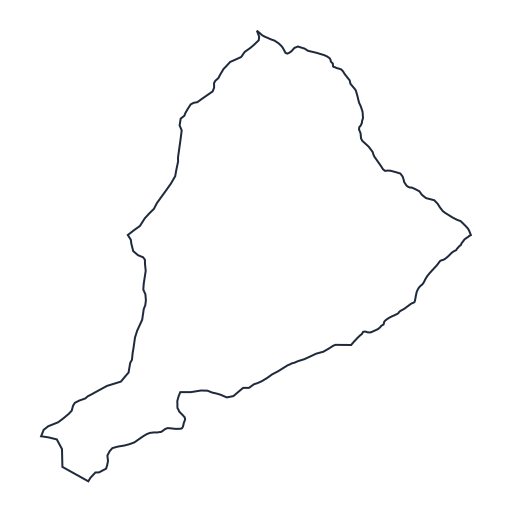 Namgyel Chhoeling, Samchi, Bhutan (Robinson projection)
{"feature_id": "84629894B20961407724011", "entity_name": "Namgyel Chhoeling", "entity_type": "district", "adm_level": 2, "iso_a3": "BTN", "parent_name": "Bhutan", "parent_adm1": "Samchi", "projection": "robinson", "projection_center": [88.995, 27.065], "detail": "fine", "context": "isolated", "style": "outline", "palette": "slate", "viewbox_px": 512, "rotation_deg": 0, "n_neighbors": 0, "source": "geoboundaries", "source_scale": "gbopen_adm2", "svg_char_len": 4854}
<svg xmlns="http://www.w3.org/2000/svg" viewBox="0 0 512 512"><path d="M41.1,436.3L42.8,436.5L48.6,437.4L56.8,439.4L62.0,449.1L62.4,466.9L70.5,471.4L88.3,481.3L90.5,477.7L95.4,472.5L99.0,472.4L106.2,468.6L106.5,467.2L107.1,465.5L108.0,461.0L107.4,455.5L109.7,451.1L112.4,448.1L117.8,446.6L124.5,445.5L129.7,444.1L134.1,442.5L135.1,441.9L139.2,439.0L143.7,435.9L147.0,434.0L150.0,432.9L152.4,432.6L154.3,432.4L156.9,432.5L159.3,432.1L160.9,432.0L162.7,430.9L164.9,429.2L166.4,428.5L167.7,428.1L169.2,428.2L172.3,428.5L175.7,428.9L179.1,428.8L181.0,428.7L182.0,428.2L182.5,427.4L183.0,426.5L183.3,425.1L183.6,424.2L183.7,423.1L184.2,422.0L185.1,419.5L184.9,418.1L184.6,417.2L183.8,416.4L183.2,415.6L182.2,414.6L180.3,412.7L179.0,411.2L178.5,409.7L177.5,408.2L177.4,406.5L177.4,404.0L177.3,401.0L177.8,399.2L178.7,396.0L180.3,392.1L191.0,392.1L201.1,390.5L207.5,390.7L212.3,392.6L216.4,393.5L220.5,394.7L226.7,397.4L230.4,396.7L233.4,396.1L240.2,390.3L243.1,387.9L248.9,387.9L254.1,384.2L257.3,383.2L261.6,381.3L267.1,378.0L272.1,374.4L278.2,371.2L283.3,368.0L286.4,366.1L287.4,365.4L289.9,364.4L291.7,363.4L294.2,362.8L298.1,361.1L304.3,359.2L310.2,356.5L316.1,353.7L323.4,351.7L329.1,348.4L333.1,345.8L335.3,344.9L340.1,344.9L351.2,345.0L352.1,343.8L353.1,342.7L354.0,341.6L355.0,340.6L355.9,339.6L356.9,338.5L357.6,337.8L360.2,335.3L361.8,334.1L363.1,331.9L364.2,331.6L366.2,331.7L367.3,332.3L369.9,332.5L372.0,331.9L373.1,331.3L374.3,330.8L375.6,330.2L376.9,329.6L378.1,329.0L379.2,328.1L380.2,327.2L381.4,325.7L382.5,325.1L383.5,324.6L383.9,323.2L384.2,321.8L385.1,320.7L386.2,319.8L387.3,319.0L388.5,318.2L389.7,317.5L391.0,316.8L392.2,316.2L393.5,315.7L394.8,315.1L396.0,314.5L397.3,313.9L398.4,313.1L399.2,311.9L400.3,311.0L401.5,310.3L402.7,309.7L403.9,309.0L405.1,308.2L406.2,307.4L407.3,306.5L408.5,305.7L409.6,304.8L410.7,304.0L411.9,303.3L413.3,302.8L414.4,302.2L414.9,300.9L415.2,299.4L415.5,298.0L415.7,296.6L416.0,295.1L416.3,293.7L416.6,292.3L417.1,291.0L417.7,289.7L418.4,288.4L419.2,287.3L420.2,286.2L421.2,285.3L422.3,284.4L423.2,283.3L423.9,282.1L424.6,280.8L425.2,279.5L425.9,278.3L426.6,277.1L427.4,275.9L428.3,274.8L429.2,273.7L430.1,272.6L431.1,271.6L432.0,270.5L433.0,269.5L433.9,268.5L434.9,267.4L435.9,266.4L436.8,265.3L437.7,264.2L438.5,263.1L439.4,261.9L440.3,260.8L441.5,260.3L442.9,260.0L444.1,259.4L445.3,258.7L446.4,257.8L447.5,256.9L448.5,256.0L449.5,255.0L450.5,254.0L451.5,253.0L452.6,252.1L453.8,251.3L455.0,250.7L456.2,250.1L457.0,248.7L457.8,247.9L459.0,246.5L459.9,245.7L460.9,245.0L461.5,243.4L462.1,242.6L462.9,241.6L463.7,240.5L464.6,239.3L465.5,238.7L466.5,237.9L467.2,237.5L468.2,236.9L469.1,236.0L470.1,235.5L470.9,235.1L469.4,231.3L468.2,228.9L466.2,226.6L463.0,223.4L460.6,221.1L457.0,219.8L452.2,217.3L445.5,213.1L442.9,211.2L440.0,207.5L437.6,203.7L434.2,200.2L426.0,198.1L424.1,196.6L421.8,194.7L419.4,191.3L414.8,188.9L411.6,187.5L409.9,187.5L408.3,186.9L406.7,185.8L405.3,183.8L404.0,181.7L403.7,179.8L402.6,176.5L400.3,173.5L396.0,172.2L390.4,170.7L387.3,170.6L385.1,170.9L383.0,169.3L381.4,166.7L379.6,164.1L374.4,156.7L373.4,154.5L372.7,152.1L368.8,146.8L365.9,144.1L364.0,142.4L362.1,140.6L361.0,138.2L360.6,133.4L359.0,129.5L359.3,127.1L360.7,125.6L361.9,122.9L362.1,120.9L363.0,118.1L362.6,112.0L361.9,109.7L361.2,107.6L360.3,105.2L359.3,103.3L358.7,101.2L358.1,99.0L357.5,96.3L355.9,90.7L354.9,89.1L352.1,85.8L350.4,83.7L349.7,80.4L344.7,74.1L343.0,71.3L341.3,69.5L339.1,68.7L336.5,68.0L335.2,67.3L333.9,67.0L333.1,66.5L332.8,63.5L330.9,61.7L330.4,59.4L329.6,58.2L327.0,56.4L324.1,55.1L316.1,52.7L308.0,50.8L304.6,48.6L301.0,47.5L298.0,46.5L294.4,47.9L291.5,51.2L289.7,52.5L287.4,53.6L285.5,52.9L284.2,50.4L282.6,47.5L281.2,45.8L278.7,43.4L274.5,40.6L271.0,39.4L267.7,37.9L265.3,36.9L262.5,35.5L256.9,30.7L259.2,36.8L258.7,40.3L253.9,44.9L250.1,48.1L244.7,51.9L241.2,57.0L232.8,60.8L230.2,61.9L225.7,66.8L223.6,68.9L219.9,75.1L218.4,78.1L215.3,80.8L214.0,83.2L214.1,84.8L214.1,87.7L212.6,91.5L210.5,92.9L202.7,98.3L197.3,102.2L193.7,102.8L190.7,104.4L189.8,105.7L187.7,109.0L185.4,113.0L184.4,115.7L180.7,118.6L179.6,125.4L181.7,130.4L180.4,140.5L180.2,141.9L178.0,157.5L178.1,161.4L176.1,171.0L175.2,176.2L170.9,183.6L166.8,189.4L162.1,195.9L156.9,203.1L153.9,208.9L149.4,213.3L144.8,218.3L139.9,226.0L134.4,229.9L127.8,235.0L130.8,239.7L131.3,243.5L133.2,251.1L138.0,255.2L143.1,257.3L144.9,259.7L145.0,264.0L145.7,270.9L143.7,283.9L143.3,289.6L145.4,294.3L145.9,300.3L145.3,305.1L143.7,309.2L143.1,313.7L142.8,315.4L142.2,319.7L137.2,330.6L135.0,337.5L133.5,348.0L132.6,353.2L132.2,357.6L131.9,359.9L130.2,362.9L129.1,369.3L128.6,372.5L125.9,375.6L120.9,381.6L107.0,385.9L101.1,389.1L93.6,393.2L92.8,393.7L87.6,396.4L85.4,398.4L79.2,400.6L74.9,402.8L73.1,405.6L71.7,410.7L68.8,413.8L63.8,418.0L58.1,422.3L48.3,426.2L43.7,429.8L41.1,436.3Z" fill="none" stroke="#1e293b" stroke-width="2"/></svg>